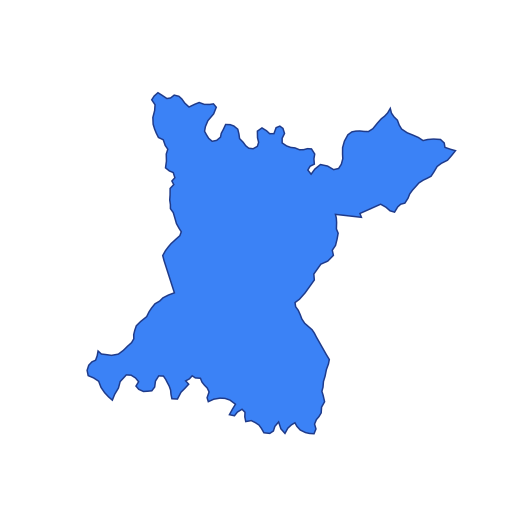 the district of Faxinal dos Guedes, Santa Catarina, Brazil, rotated 20°
{"feature_id": "56859067B8345863694460", "entity_name": "Faxinal dos Guedes", "entity_type": "district", "adm_level": 2, "iso_a3": "BRA", "parent_name": "Brazil", "parent_adm1": "Santa Catarina", "projection": "orthographic", "projection_center": [-52.248, -26.844], "detail": "fine", "context": "isolated", "style": "filled", "palette": "blue", "viewbox_px": 512, "rotation_deg": 20, "n_neighbors": 0, "source": "geoboundaries", "source_scale": "gbopen_adm2", "svg_char_len": 3782}
<svg xmlns="http://www.w3.org/2000/svg" viewBox="0 0 512 512"><g transform="rotate(20 256 256)"><path d="M331.7,71.4L330.8,76.5L329.0,80.7L326.8,84.2L324.6,89.7L322.3,96.4L319.1,100.6L314.9,102.0L310.8,103.0L307.1,104.5L303.7,106.5L300.9,110.6L299.8,117.8L300.3,124.5L302.5,130.7L304.3,134.9L304.8,140.6L303.7,145.5L299.4,148.3L292.5,147.0L285.3,148.0L281.6,154.1L279.8,160.3L275.3,157.5L276.1,153.2L279.4,149.7L277.2,144.9L276.3,140.1L271.5,136.4L267.7,137.5L264.4,139.8L260.6,141.3L255.7,141.1L251.4,142.1L247.0,142.1L241.9,140.8L240.3,136.4L240.9,131.1L237.7,126.9L234.0,125.8L231.0,128.5L231.0,134.9L227.0,136.4L223.0,134.7L217.8,133.6L214.6,138.2L217.0,144.4L219.6,148.3L219.8,152.5L216.6,156.2L212.3,157.2L208.6,155.9L205.0,153.5L200.4,151.3L198.3,147.3L195.5,143.1L190.7,141.4L186.8,141.4L182.5,142.8L182.0,148.4L181.4,152.6L182.0,156.5L179.5,160.8L175.6,163.2L171.4,161.7L168.2,159.2L165.0,156.4L164.2,151.7L164.5,145.3L167.6,136.9L167.8,129.8L164.0,127.6L160.7,129.4L155.6,131.2L150.1,131.2L146.7,134.2L142.1,138.9L136.8,136.7L132.6,133.8L128.9,132.3L124.1,132.8L121.7,136.7L118.4,138.5L112.7,137.1L108.0,136.1L105.6,140.5L104.6,144.9L109.4,148.4L111.0,153.9L111.7,161.1L114.3,167.4L117.3,171.4L120.4,174.8L123.8,178.0L129.1,178.5L132.9,183.2L136.6,185.8L136.8,190.9L139.4,197.5L140.8,204.1L145.5,205.7L149.7,205.9L153.0,210.2L151.3,214.3L154.3,217.0L152.2,221.9L154.4,228.1L155.8,232.9L158.0,237.0L159.4,240.8L163.4,243.5L167.3,248.8L170.2,252.8L174.0,256.1L177.5,258.8L177.5,263.0L175.0,267.6L172.0,273.3L170.6,277.1L169.1,281.9L168.2,287.5L171.1,291.7L191.9,318.5L187.0,322.7L182.9,327.1L180.9,331.3L177.4,335.5L175.6,340.8L174.6,345.0L174.0,350.4L170.0,357.0L167.4,362.5L167.5,367.4L168.0,371.8L169.5,375.6L168.7,380.0L166.2,384.6L163.6,390.1L160.2,395.3L154.2,398.8L148.5,400.0L144.2,401.0L140.1,399.3L140.9,404.1L140.9,408.8L138.0,411.6L136.2,415.8L136.4,421.2L139.2,425.8L145.1,426.1L151.0,427.5L155.3,432.5L160.5,436.2L165.6,438.8L170.3,440.6L170.5,434.3L171.9,427.1L171.3,420.5L174.8,412.1L179.4,410.7L184.5,411.8L188.7,414.3L187.7,419.3L191.4,421.4L196.6,421.8L200.7,420.0L204.2,418.3L205.6,413.8L204.3,407.9L205.6,401.9L210.1,400.5L213.3,402.8L216.1,405.4L218.9,407.9L221.6,411.2L223.5,415.2L225.8,418.9L231.1,417.3L232.1,409.7L234.6,404.3L236.6,399.5L232.6,397.4L235.4,394.3L237.0,390.4L240.7,391.3L245.6,389.9L248.4,393.0L251.7,395.0L255.3,396.7L258.4,399.8L258.5,405.9L261.0,409.2L265.3,405.0L270.7,401.9L275.6,400.4L280.8,400.3L287.4,402.3L286.2,408.3L285.3,414.2L290.4,413.5L291.9,409.0L295.3,404.8L299.1,406.6L300.5,411.0L303.0,415.1L307.8,412.3L312.3,412.8L316.6,413.8L320.1,416.2L323.9,419.4L329.6,418.0L332.2,414.5L332.0,409.7L334.0,404.2L338.5,409.9L343.9,412.8L344.8,406.9L347.0,402.6L349.6,399.4L352.7,402.1L357.1,404.4L362.9,405.0L366.8,404.5L371.3,403.2L371.5,398.0L368.5,393.9L368.7,389.1L370.1,385.3L370.9,381.1L369.3,375.6L370.3,369.5L366.7,363.9L364.2,360.6L363.8,356.3L362.3,350.8L362.0,345.3L361.0,338.6L361.0,332.7L360.3,328.2L355.7,324.5L340.3,311.4L337.2,308.5L333.9,306.1L324.8,302.6L320.6,299.5L317.6,296.0L314.3,292.6L310.6,290.1L308.6,286.4L311.6,281.8L314.7,274.0L319.0,258.6L316.5,253.2L319.7,241.5L325.2,236.2L328.5,228.9L325.7,224.5L327.1,218.9L326.4,212.3L325.4,206.5L322.3,203.1L320.3,197.0L318.5,192.9L316.4,189.7L341.8,183.6L339.1,180.5L355.4,164.7L361.4,165.7L366.5,167.7L371.2,167.4L372.4,161.3L374.3,157.8L377.8,155.4L379.1,149.6L379.2,145.1L380.5,140.6L382.3,136.2L384.1,131.6L387.3,127.4L390.2,124.5L393.2,121.2L394.4,116.3L395.6,109.9L398.5,105.5L403.2,100.5L405.5,94.5L407.4,88.8L402.3,89.2L396.4,89.3L394.2,85.4L389.5,83.4L382.8,85.4L377.5,87.8L373.5,90.4L368.1,89.1L361.8,88.7L355.9,88.5L349.4,86.9L345.8,84.0L342.4,80.0L338.0,78.0L334.4,75.4L331.7,71.4Z" fill="#3b82f6" stroke="#1e3a8a" stroke-width="1.5"/></g></svg>